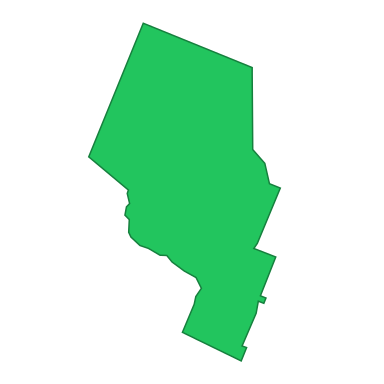 Clinch, Georgia, United States of America (orthographic projection), rotated 22°
{"feature_id": "52423323B41586767659607", "entity_name": "Clinch", "entity_type": "district", "adm_level": 2, "iso_a3": "USA", "parent_name": "United States of America", "parent_adm1": "Georgia", "projection": "orthographic", "projection_center": [-82.622, 30.883], "detail": "fine", "context": "isolated", "style": "filled", "palette": "green", "viewbox_px": 384, "rotation_deg": 22, "n_neighbors": 0, "source": "geoboundaries", "source_scale": "gbopen_adm2", "svg_char_len": 727}
<svg xmlns="http://www.w3.org/2000/svg" viewBox="0 0 384 384"><g transform="rotate(22 192 192)"><path d="M83.6,53.8L83.1,198.1L132.3,214.0L132.5,217.6L138.5,226.1L136.8,230.3L138.5,238.6L144.2,241.1L148.4,253.1L152.3,256.7L163.8,261.1L172.6,260.6L186.0,262.6L192.4,260.3L199.8,264.4L214.6,268.2L227.8,269.8L236.8,277.8L234.7,287.5L236.1,295.3L235.7,325.7L241.5,326.1L243.0,326.2L247.8,326.5L251.0,326.8L254.5,327.0L259.0,327.3L284.7,329.1L284.8,329.1L300.9,330.2L300.9,315.8L296.1,316.0L296.9,280.4L294.4,268.4L300.3,268.3L300.3,262.6L294.3,262.6L294.0,220.9L270.5,221.2L271.8,215.2L272.4,155.3L260.7,155.3L248.8,138.2L232.4,129.9L203.2,59.1L201.2,54.1L83.6,53.8Z" fill="#22c55e" stroke="#15803d" stroke-width="1.5"/></g></svg>